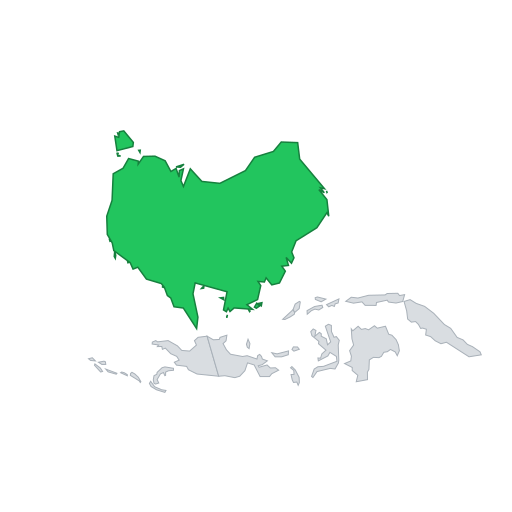 Australia shown with its bordering countries, rotated 164°
{"feature_id": "AUS", "entity_name": "Australia", "entity_type": "country or territory", "adm_level": 0, "iso_a3": "AUS", "parent_name": "Oceania", "parent_adm1": "", "projection": "robinson", "projection_center": [137.073, -32.4], "detail": "medium", "context": "with_neighbors", "style": "filled", "palette": "green", "viewbox_px": 512, "rotation_deg": 164, "n_neighbors": 4, "source": "natural_earth", "source_scale": "50m", "svg_char_len": 6096}
<svg xmlns="http://www.w3.org/2000/svg" viewBox="0 0 512 512"><g transform="rotate(164 256 256)"><path d="M325.0,150.7L345.2,158.8L352.3,165.3L353.1,169.0L362.5,173.0L363.8,176.4L358.6,177.1L359.9,181.4L364.9,185.6L368.5,192.4L371.7,192.1L371.5,195.0L375.8,196.1L374.1,197.3L380.1,200.0L379.4,201.8L375.7,202.3L374.3,200.6L363.8,198.9L356.3,191.3L353.4,185.7L346.0,182.9L337.8,186.8L338.5,191.6L334.1,193.8L325.1,192.4L325.0,150.7ZM388.5,154.8L392.9,159.5L393.6,162.9L391.8,164.6L389.5,158.3L383.7,153.5L379.6,151.6L381.2,150.0L388.5,154.8ZM383.1,171.4L377.1,174.5L374.1,174.5L366.3,170.8L366.8,168.9L371.8,169.8L374.9,169.3L375.8,166.2L376.6,166.1L377.1,169.5L380.4,169.0L385.1,164.5L384.5,160.7L387.9,160.6L389.1,161.7L388.9,165.2L387.0,169.1L384.0,169.6L383.1,171.4ZM402.7,168.2L409.7,175.9L408.9,177.7L407.3,178.4L404.9,175.9L402.5,171.8L401.3,166.9L402.1,166.3L402.7,168.2Z" fill="#d9dde1" stroke="#a8b0b8" stroke-width="1"/><path d="M325.0,150.7L325.1,192.4L320.1,187.2L314.3,185.9L313.0,187.7L305.8,187.9L308.2,182.7L311.8,180.9L310.3,174.0L307.6,168.6L296.6,163.1L292.0,162.6L283.5,156.7L281.8,159.8L279.6,160.4L278.4,158.0L278.3,155.2L274.0,152.1L280.1,149.8L284.1,149.9L283.7,148.2L275.4,148.2L273.1,144.4L268.1,143.2L265.7,140.0L273.3,138.5L276.2,136.4L285.3,139.0L287.8,151.8L293.6,155.6L298.3,148.8L304.8,144.9L309.9,144.9L318.9,149.5L325.0,150.7ZM234.5,191.0L235.2,194.2L231.6,199.0L226.8,200.4L226.1,199.6L229.0,193.5L234.5,191.0ZM286.6,178.2L286.0,173.4L288.2,168.9L289.5,170.8L289.5,173.8L286.6,178.2ZM194.3,107.5L191.0,113.3L195.1,119.4L194.2,122.3L200.5,128.2L193.8,129.0L191.9,133.4L192.1,139.2L186.7,143.5L186.6,149.9L184.5,159.7L183.6,157.4L177.2,160.3L174.9,156.4L170.9,156.1L168.1,154.0L161.4,156.3L159.3,153.2L150.9,152.8L150.0,144.2L147.2,142.4L144.4,137.0L143.6,131.4L144.3,125.4L147.7,121.2L148.6,125.4L152.5,129.1L156.1,127.8L159.7,128.2L163.1,125.0L165.8,124.4L171.1,126.2L175.7,124.9L178.7,115.9L180.9,113.7L182.9,106.4L194.3,107.5ZM259.2,152.0L265.4,153.8L267.5,158.7L262.7,156.1L250.9,155.8L252.2,152.2L259.2,152.0ZM245.1,158.3L241.2,157.1L240.1,154.4L245.8,154.1L247.2,156.2L245.1,158.3ZM251.1,120.1L251.5,123.6L254.8,124.1L255.3,126.8L255.0,132.4L252.1,131.7L251.2,135.6L253.6,139.0L252.0,139.8L249.7,135.7L248.0,127.5L249.2,122.4L251.1,120.1ZM215.6,127.5L229.2,128.1L234.8,123.5L235.8,124.9L231.2,131.3L227.0,132.5L221.5,131.3L207.2,132.5L206.4,137.3L211.5,143.0L214.5,140.1L225.0,138.0L224.6,140.9L222.1,140.0L219.7,143.7L214.7,146.2L220.1,154.4L219.1,156.6L224.2,164.0L224.2,168.2L221.1,170.1L218.9,167.9L221.6,162.6L216.1,165.1L214.7,163.3L215.4,160.9L211.3,157.1L211.7,150.9L207.9,152.8L208.7,169.4L205.2,170.4L202.7,168.5L204.3,162.6L203.4,156.4L201.0,156.4L199.2,152.0L201.5,147.8L205.1,133.0L206.3,130.4L211.2,125.6L215.6,127.5ZM208.3,199.7L200.7,195.3L206.0,194.0L210.9,197.9L210.6,199.6L208.3,199.7ZM214.0,188.7L217.8,188.2L222.8,185.9L222.0,189.4L213.6,191.3L206.1,190.5L206.0,188.1L210.5,186.8L214.0,188.7ZM196.7,187.6L200.1,187.1L201.6,189.8L188.1,191.9L190.0,188.2L193.1,188.2L194.6,185.9L196.7,187.6ZM141.3,175.2L142.1,177.4L153.0,178.1L154.2,175.4L164.7,178.5L166.8,182.7L175.3,183.8L182.2,187.7L175.8,190.1L169.6,187.5L158.6,187.2L142.6,183.0L140.3,183.8L130.0,181.1L128.9,178.4L123.8,177.9L127.5,171.8L134.4,172.2L141.3,175.2ZM117.7,141.0L118.7,145.4L120.7,149.0L124.9,149.6L127.6,153.6L126.3,161.6L126.2,171.5L119.9,171.6L115.1,166.3L107.8,161.1L101.0,152.0L93.8,138.2L88.8,132.8L85.1,122.3L80.1,118.3L77.2,112.8L72.9,109.2L67.1,102.2L66.7,98.9L79.0,100.4L96.7,120.6L102.4,120.7L107.1,125.1L110.4,130.4L114.7,133.3L112.4,138.6L115.7,140.8L117.7,141.0Z" fill="#d9dde1" stroke="#a8b0b8" stroke-width="1"/><path d="M234.5,191.0L235.2,189.5L240.0,188.0L245.7,187.0L247.8,187.8L235.2,194.2L234.5,191.0Z" fill="#d9dde1" stroke="#a8b0b8" stroke-width="1"/><path d="M443.8,201.2L445.3,203.4L441.4,203.3L439.3,199.4L443.8,201.2ZM441.4,195.5L440.6,196.7L436.5,191.2L435.3,187.3L437.3,187.3L441.4,195.5ZM436.7,197.3L431.1,196.8L429.9,195.8L430.3,193.2L434.0,194.2L436.7,197.3ZM430.1,185.4L431.6,188.7L422.0,181.6L422.9,180.9L430.1,185.4ZM412.7,176.3L418.3,181.1L417.1,181.5L414.7,180.0L412.4,177.4L412.7,176.3Z" fill="#d9dde1" stroke="#a8b0b8" stroke-width="1"/><path d="M333.1,202.6L340.2,226.0L348.8,229.8L349.5,239.1L352.1,242.4L352.7,251.1L354.6,255.6L367.7,264.0L372.7,277.8L377.8,277.3L378.8,284.3L391.2,300.4L390.6,308.3L393.0,317.7L388.5,335.4L379.0,349.2L370.6,374.4L359.6,377.0L351.6,384.8L342.9,379.6L343.9,376.8L336.7,382.7L325.6,379.8L317.1,372.6L314.5,360.7L308.7,362.2L308.2,353.0L306.1,359.2L301.7,359.8L307.4,349.2L306.6,342.8L295.1,357.9L287.5,342.6L270.7,335.8L242.6,341.0L230.1,351.3L210.5,351.7L200.3,358.6L184.7,353.5L187.3,337.1L171.6,301.8L175.3,303.8L172.9,298.0L177.3,302.5L172.3,290.6L175.1,274.2L175.9,278.1L189.7,266.4L213.3,259.6L220.6,250.1L220.0,243.8L223.9,239.3L227.4,246.3L227.4,238.0L234.0,239.1L232.0,233.3L240.9,223.6L248.8,223.9L252.3,232.2L255.1,228.7L261.1,231.0L259.6,226.2L266.5,213.7L278.2,211.7L274.0,205.7L291.3,212.1L296.3,209.8L297.2,213.6L299.8,210.6L302.1,213.1L293.7,229.6L321.9,246.9L327.0,237.0L328.7,213.2L333.1,202.6ZM344.2,395.2L360.6,395.6L358.7,410.2L355.3,407.9L352.9,413.1L348.6,412.7L342.6,399.0L344.2,395.2ZM266.4,206.9L270.1,205.7L271.6,207.3L268.3,210.4L266.4,206.9ZM304.1,362.1L308.3,363.7L299.9,364.0L304.1,362.1ZM299.1,222.9L301.8,225.6L298.6,225.1L299.1,222.9ZM390.7,299.0L390.6,295.4L391.9,292.5L392.4,294.6L390.7,299.0ZM358.6,389.4L361.3,390.1L361.3,391.3L358.6,389.4ZM264.6,206.7L266.4,209.7L263.2,209.5L264.6,206.7ZM339.6,389.9L338.1,389.6L339.0,387.5L339.6,389.9ZM317.4,239.8L315.9,240.8L314.4,241.3L315.2,239.5L317.4,239.8ZM170.3,297.5L170.3,299.2L170.1,297.6L170.3,297.5ZM360.7,392.5L361.7,393.3L359.7,392.6L360.7,392.5ZM379.9,284.8L381.0,284.8L380.9,286.4L379.9,284.8ZM353.1,251.0L354.4,251.9L354.2,252.5L353.1,251.0ZM355.1,411.0L355.1,412.4L354.1,411.9L355.1,411.0ZM392.3,309.6L392.3,311.6L392.2,311.5L392.3,309.6ZM277.8,205.6L276.9,204.7L277.5,204.3L277.8,205.6ZM300.9,205.7L299.7,207.3L301.1,204.6L300.9,205.7Z" fill="#22c55e" stroke="#15803d" stroke-width="1.5"/></g></svg>